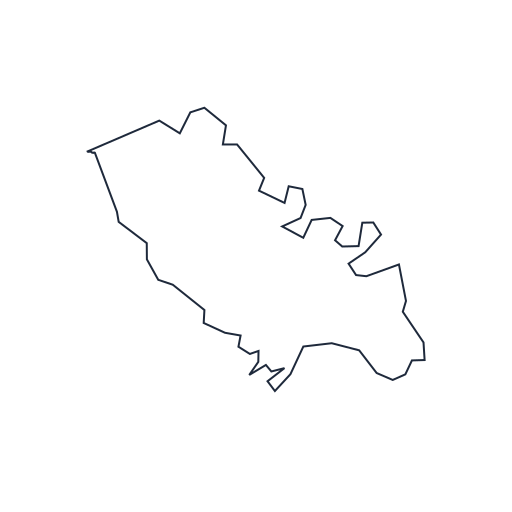 outline of New Kent, Virginia, United States of America, rotated 22°
{"feature_id": "52423323B69820682895113", "entity_name": "New Kent", "entity_type": "district", "adm_level": 2, "iso_a3": "USA", "parent_name": "United States of America", "parent_adm1": "Virginia", "projection": "robinson", "projection_center": [-77.003, 37.502], "detail": "fine", "context": "isolated", "style": "outline", "palette": "slate", "viewbox_px": 512, "rotation_deg": 22, "n_neighbors": 0, "source": "geoboundaries", "source_scale": "gbopen_adm2", "svg_char_len": 1097}
<svg xmlns="http://www.w3.org/2000/svg" viewBox="0 0 512 512"><g transform="rotate(22 256 256)"><path d="M411.9,241.5L391.7,210.3L365.9,233.4L355.9,236.2L344.7,228.4L355.9,211.6L363.9,189.3L352.2,181.0L342.1,185.3L347.4,208.4L332.4,214.9L323.4,211.8L325.1,195.8L310.7,192.8L294.1,201.7L293.0,221.4L269.2,218.8L283.1,204.1L282.9,190.0L273.9,176.5L260.2,179.1L262.6,196.1L234.3,194.3L234.3,180.5L196.7,159.7L183.5,165.0L179.2,146.1L152.6,137.9L141.3,147.4L139.4,170.8L115.6,166.7L60.7,222.1L60.9,222.3L61.6,222.2L62.7,221.6L62.8,221.3L63.3,221.1L63.7,221.3L64.1,221.2L64.7,221.3L65.3,221.6L66.0,221.3L66.4,221.4L66.8,221.1L67.0,220.8L67.5,220.6L67.9,220.6L110.5,267.1L115.9,275.8L149.9,285.0L156.1,300.0L174.3,314.7L189.6,313.8L228.4,325.4L232.6,337.7L256.0,338.8L271.5,335.5L273.7,346.7L287.0,349.1L293.9,343.1L297.8,353.3L294.3,368.8L306.0,353.3L313.5,357.3L324.4,349.3L313.6,367.8L324.1,374.1L332.2,352.7L333.8,322.2L358.9,308.5L387.0,304.8L411.7,319.3L429.2,319.7L438.8,309.8L439.7,294.4L451.3,289.3L443.7,273.4L413.0,252.7L411.9,241.5Z" fill="none" stroke="#1e293b" stroke-width="2"/></g></svg>